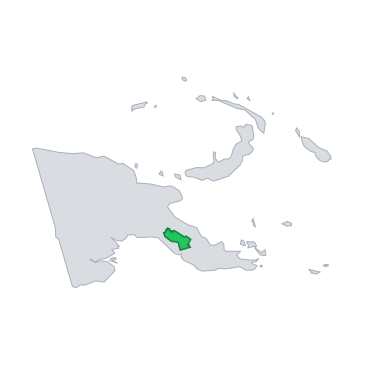 Goilala District, Central, Papua New Guinea shown in context, rotated 344°
{"feature_id": "67681753B69138708409100", "entity_name": "Goilala District", "entity_type": "district", "adm_level": 2, "iso_a3": "PNG", "parent_name": "Papua New Guinea", "parent_adm1": "Central", "projection": "natural_earth1", "projection_center": [146.873, -8.324], "detail": "fine", "context": "in_parent", "style": "filled", "palette": "green", "viewbox_px": 384, "rotation_deg": 344, "n_neighbors": 0, "source": "geoboundaries", "source_scale": "gbopen_adm2", "svg_char_len": 5342}
<svg xmlns="http://www.w3.org/2000/svg" viewBox="0 0 384 384"><g transform="rotate(344 192 192)"><path d="M51.0,249.8L50.8,201.1L48.7,197.4L50.8,188.7L50.6,106.5L54.6,106.9L74.2,116.9L87.4,122.1L98.8,124.6L109.4,132.8L117.3,133.2L128.9,144.8L133.6,145.6L141.8,155.2L142.3,163.0L141.4,168.0L153.9,172.7L165.9,179.3L172.4,180.0L176.0,182.4L180.5,188.1L181.3,195.7L178.7,197.1L167.5,197.0L164.3,199.5L168.8,211.5L179.0,222.4L186.6,227.5L188.9,237.4L192.7,240.5L195.2,248.3L199.2,249.2L206.9,247.9L208.1,251.2L207.0,256.2L208.1,258.2L222.3,262.4L217.5,265.0L219.7,269.5L228.9,273.4L234.7,274.9L238.1,274.4L234.1,276.7L230.5,276.0L229.8,276.7L231.3,278.6L234.3,280.7L231.1,283.3L228.1,283.7L222.3,282.0L217.4,277.0L201.9,274.9L196.5,272.7L192.3,273.5L179.8,270.8L175.7,267.3L173.0,262.1L165.5,255.7L163.8,252.6L164.5,248.5L162.5,249.1L158.2,246.1L146.9,226.8L141.1,224.1L126.8,220.8L124.7,217.1L118.0,215.6L116.5,218.1L111.0,219.8L106.4,218.0L101.7,213.3L107.2,223.9L105.3,223.9L106.2,225.6L105.2,225.8L99.2,225.2L101.0,229.6L91.2,232.0L83.8,231.2L80.3,232.3L78.9,232.1L77.0,228.9L74.3,229.5L76.5,229.5L79.4,233.3L85.5,232.8L91.5,235.6L96.5,242.0L96.3,246.3L82.7,254.4L74.8,250.9L63.3,251.9L59.2,250.5L54.0,252.1L51.0,249.8ZM256.9,141.9L259.7,144.1L262.5,141.8L268.0,144.6L266.9,155.2L265.2,158.1L260.5,159.2L259.9,160.7L263.0,167.0L261.7,169.2L257.7,171.5L251.0,171.3L249.2,175.6L245.6,179.4L231.2,186.9L215.6,187.5L210.5,182.8L205.1,183.7L197.9,178.2L191.8,175.9L190.6,173.8L190.8,171.1L192.4,169.5L203.2,169.8L210.0,172.0L219.0,170.6L221.5,169.0L222.5,162.2L224.0,159.4L225.5,160.7L223.6,165.9L225.7,170.6L232.1,169.2L236.2,170.3L239.3,168.9L243.9,161.6L247.5,158.2L254.0,156.5L253.9,151.1L251.6,143.7L252.6,141.5L256.9,141.9ZM335.3,196.2L334.5,198.7L334.1,197.9L330.8,200.1L327.0,199.4L323.7,197.0L321.1,192.7L321.0,187.9L317.4,185.7L312.6,179.6L311.7,175.5L312.1,168.9L319.0,172.8L326.1,184.3L332.8,189.5L335.3,196.2ZM281.8,144.8L277.2,155.4L274.3,151.1L273.2,148.1L273.0,140.0L265.6,127.9L258.0,123.9L242.6,111.3L236.5,109.3L238.0,108.7L238.0,105.7L245.6,112.2L250.4,113.8L256.7,118.9L260.9,120.6L279.6,139.4L281.8,144.8ZM158.7,92.5L173.3,92.9L173.6,94.3L171.6,94.5L169.2,97.1L160.4,96.3L156.6,97.6L156.3,95.8L157.8,95.3L157.5,93.4L158.7,92.5ZM232.1,254.8L234.7,256.6L237.0,256.4L238.7,258.5L239.0,261.9L238.0,262.7L237.4,261.6L230.3,261.0L231.7,259.0L230.4,255.1L232.1,254.8ZM230.6,107.6L225.4,107.6L221.6,103.5L226.6,101.5L230.5,103.4L230.6,107.6ZM242.5,269.7L245.8,267.5L246.6,268.3L245.3,273.5L240.2,271.3L236.8,262.8L242.5,269.7ZM269.8,247.4L275.4,246.5L278.1,248.7L278.9,249.6L278.3,251.8L273.6,250.9L269.8,247.4ZM282.6,298.4L293.0,304.2L289.1,305.2L285.8,303.6L285.4,302.2L284.1,302.7L284.8,301.7L282.6,298.4ZM184.7,177.3L180.1,172.9L180.3,169.9L185.3,172.6L184.7,177.3ZM228.6,258.1L227.2,258.2L224.2,255.2L226.0,251.7L228.1,253.0L228.6,258.1ZM310.5,168.6L308.5,161.5L310.3,159.4L312.1,163.9L310.5,168.6ZM168.6,168.6L165.3,165.9L167.7,163.3L169.1,164.6L168.6,168.6ZM217.8,83.2L216.0,83.7L213.7,81.4L214.3,78.8L217.1,80.5L217.8,83.2ZM147.2,151.2L145.3,153.7L144.0,151.8L146.1,149.0L147.2,151.2ZM243.3,234.4L243.4,242.9L241.9,241.2L242.6,237.7L241.2,236.7L243.3,234.4ZM97.8,236.6L100.9,240.1L93.3,234.5L97.8,236.6ZM100.5,235.8L96.3,234.4L95.5,233.3L100.4,233.8L100.5,235.8ZM302.9,299.3L302.6,300.5L299.9,300.7L298.1,299.0L299.8,299.3L299.5,298.1L302.9,299.3ZM272.5,116.0L272.6,119.9L270.7,117.2L272.5,116.0ZM262.2,113.9L261.4,115.0L259.5,112.2L259.9,111.7L262.2,113.9ZM239.0,281.7L238.7,283.4L236.9,282.5L237.1,281.5L239.0,281.7ZM260.5,110.9L259.1,111.3L259.3,108.6L260.5,110.9ZM181.1,98.5L181.3,100.4L179.2,100.0L181.1,98.5ZM291.9,138.0L291.7,139.8L290.6,139.2L291.9,138.0Z" fill="#d9dde1" stroke="#a8b0b8" stroke-width="1"/><path d="M158.6,220.0L158.4,220.2L158.4,220.3L158.2,220.4L158.2,220.5L158.0,220.8L157.9,220.8L157.9,220.7L157.7,220.8L157.6,221.0L157.5,220.9L157.4,220.8L157.2,220.9L157.2,221.0L156.9,221.0L156.7,221.1L156.7,221.3L156.5,221.5L156.4,221.6L156.2,221.8L156.2,222.0L156.1,222.3L156.2,222.5L155.9,222.7L155.9,222.9L155.8,222.7L155.8,222.8L155.7,222.8L155.7,223.0L155.4,223.2L155.2,223.3L155.2,223.2L154.9,223.1L154.7,223.1L154.5,223.3L153.6,223.3L153.6,227.1L158.7,233.9L161.8,235.0L164.0,236.2L164.4,236.3L164.8,237.4L164.8,238.2L164.7,239.3L164.7,244.6L170.0,244.6L175.1,244.6L175.0,244.4L174.9,244.2L174.8,243.9L174.8,243.7L174.7,243.7L174.7,243.4L174.8,243.4L174.7,243.4L174.7,243.2L174.4,243.1L174.3,242.9L174.2,242.9L174.2,242.7L173.9,242.6L173.9,242.4L173.9,242.2L174.0,242.0L174.0,241.9L174.2,241.7L174.3,241.7L174.2,241.5L174.2,241.4L174.2,241.5L174.1,241.4L173.9,241.3L173.7,241.3L177.7,237.1L174.0,232.7L172.4,233.3L166.2,226.2L165.2,225.1L164.2,224.3L164.2,224.5L163.9,224.6L163.7,224.5L163.7,224.4L163.5,224.2L163.4,224.1L163.2,224.2L163.2,224.3L163.1,224.5L162.9,224.6L162.8,224.8L162.7,224.9L162.6,225.0L162.4,225.1L162.2,225.1L161.9,224.9L161.9,225.0L161.8,224.9L161.7,224.8L161.5,224.7L161.5,224.4L161.4,224.3L161.4,224.2L161.5,224.1L161.4,224.1L161.3,223.9L161.2,223.7L161.0,223.8L160.9,223.8L160.9,224.0L160.7,224.0L160.4,224.2L160.3,223.9L160.2,223.8L160.2,223.7L160.1,223.4L160.1,223.2L160.0,222.9L160.1,222.7L160.0,222.4L159.9,222.3L160.0,222.3L160.0,222.2L160.3,222.1L160.4,221.9L160.4,221.7L160.4,221.4L159.8,220.9L158.6,220.0Z" fill="#22c55e" stroke="#15803d" stroke-width="1.5"/></g></svg>